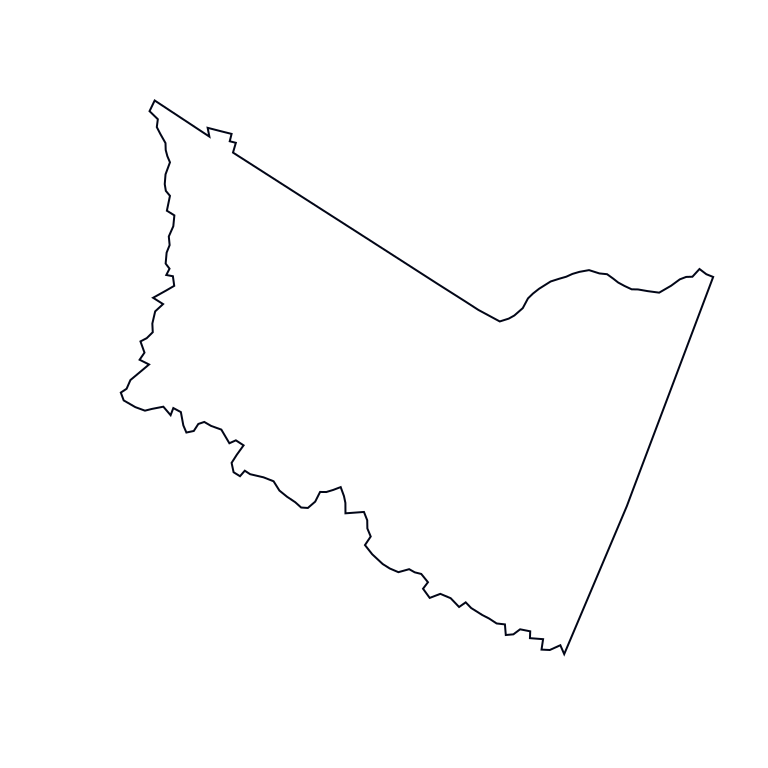 Moreira Sales, Paraná, Brazil, rotated 194°
{"feature_id": "56859067B37185624214579", "entity_name": "Moreira Sales", "entity_type": "district", "adm_level": 2, "iso_a3": "BRA", "parent_name": "Brazil", "parent_adm1": "Paraná", "projection": "orthographic", "projection_center": [-52.978, -24.024], "detail": "fine", "context": "isolated", "style": "outline", "palette": "ink", "viewbox_px": 768, "rotation_deg": 194, "n_neighbors": 0, "source": "geoboundaries", "source_scale": "gbopen_adm2", "svg_char_len": 2024}
<svg xmlns="http://www.w3.org/2000/svg" viewBox="0 0 768 768"><g transform="rotate(194 384 384)"><path d="M143.8,165.5L118.8,324.4L116.7,342.9L104.9,443.7L90.5,567.5L97.8,568.5L105.7,571.9L110.7,562.7L116.7,561.0L122.3,557.1L129.2,548.8L139.1,539.2L150.7,537.9L160.4,537.2L166.6,535.8L174.3,537.3L181.3,539.1L187.1,541.7L194.1,544.5L201.7,543.4L212.6,544.1L221.5,540.1L227.8,536.4L233.1,532.2L239.5,528.5L247.1,523.8L256.6,513.9L261.4,507.7L265.0,501.9L267.7,491.2L274.1,482.0L278.8,477.6L286.8,472.7L310.3,478.7L325.2,483.8L355.9,494.0L441.1,522.9L586.5,572.0L586.1,582.2L592.4,582.2L592.4,589.8L602.3,589.8L617.1,589.9L613.3,581.8L675.1,603.6L677.5,592.0L667.5,586.2L666.6,578.3L661.5,572.5L654.3,564.9L652.4,558.2L649.3,552.6L645.3,547.3L646.7,534.6L645.1,524.9L642.4,518.6L637.2,514.8L636.6,499.6L628.2,496.9L626.6,486.1L628.5,475.1L625.6,466.9L626.7,458.9L625.0,448.0L620.0,444.0L621.6,437.1L614.9,437.5L611.3,428.5L618.0,422.0L628.9,411.8L617.7,408.1L623.6,399.1L623.4,386.6L620.9,378.3L625.3,371.1L630.6,366.4L624.0,356.5L627.0,348.4L616.7,346.1L631.0,326.5L632.6,317.1L637.3,312.0L632.6,305.1L619.7,301.4L609.5,300.3L603.1,303.7L592.6,308.6L583.5,302.1L582.6,309.7L574.3,307.6L568.7,295.3L564.0,289.1L557.2,292.4L554.5,300.3L549.2,303.7L541.6,301.5L530.8,300.4L519.7,289.1L514.1,293.5L505.4,290.5L509.7,279.8L512.8,270.6L508.6,262.0L501.4,259.7L498.1,266.2L492.1,264.1L478.3,264.3L467.6,262.9L459.7,255.3L450.7,251.1L441.5,247.8L434.5,244.1L427.9,245.3L422.3,253.2L419.9,263.8L413.9,265.2L407.7,268.9L401.1,273.5L395.7,265.5L392.7,259.3L390.1,249.2L372.5,255.0L367.3,247.7L365.2,239.8L360.0,232.8L363.5,223.1L354.2,215.9L341.7,209.0L333.8,206.4L324.5,204.9L314.8,210.4L308.6,208.7L301.9,208.7L293.4,202.3L296.6,194.8L287.9,187.5L278.6,194.0L267.5,192.3L257.2,185.8L251.9,191.9L245.2,187.7L232.7,183.6L225.4,181.9L216.8,178.9L208.5,180.0L205.1,169.9L197.9,172.4L192.6,178.9L182.3,179.4L180.9,172.7L167.9,174.9L166.9,164.4L158.8,166.0L149.7,173.2L143.8,165.5Z" fill="none" stroke="#020617" stroke-width="2"/></g></svg>